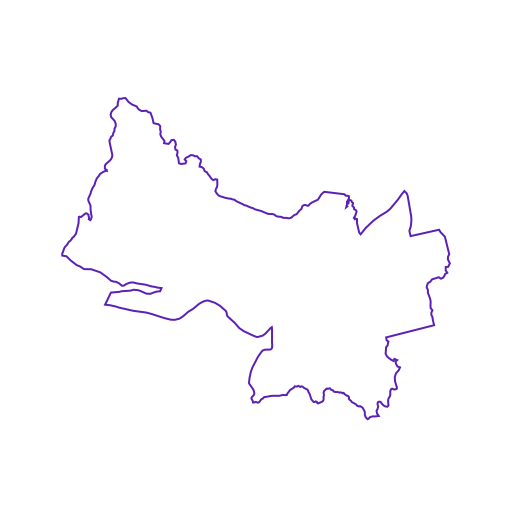 Itacoatiara, Amazonas, Brazil (Robinson projection), rotated 347°
{"feature_id": "56859067B59595183491019", "entity_name": "Itacoatiara", "entity_type": "district", "adm_level": 2, "iso_a3": "BRA", "parent_name": "Brazil", "parent_adm1": "Amazonas", "projection": "robinson", "projection_center": [-58.817, -3.136], "detail": "fine", "context": "isolated", "style": "outline", "palette": "violet", "viewbox_px": 512, "rotation_deg": 347, "n_neighbors": 0, "source": "geoboundaries", "source_scale": "gbopen_adm2", "svg_char_len": 6117}
<svg xmlns="http://www.w3.org/2000/svg" viewBox="0 0 512 512"><g transform="rotate(347 256 256)"><path d="M220.6,378.7L223.0,384.6L223.5,386.3L223.5,388.2L223.5,389.5L223.0,390.4L222.4,391.1L220.1,392.7L219.5,393.7L220.3,397.1L220.1,398.0L221.0,398.3L222.9,398.1L225.0,399.4L225.9,399.2L226.7,398.8L228.4,397.2L229.4,396.6L230.5,396.5L232.1,395.4L239.9,395.8L247.6,397.5L250.8,397.4L253.5,398.2L254.7,398.4L255.2,397.5L259.0,394.3L263.4,392.7L264.4,391.7L266.2,392.4L268.1,392.1L269.6,393.5L271.0,393.2L272.0,393.8L273.5,395.7L275.7,397.4L276.4,398.5L276.5,400.3L277.2,402.2L277.7,408.1L279.3,411.2L280.4,411.5L281.5,411.1L282.5,411.9L282.7,413.1L283.4,413.6L287.7,412.8L288.7,412.3L289.6,411.0L290.2,408.1L290.9,407.1L291.1,404.6L291.7,403.1L294.7,401.2L295.4,401.1L296.1,401.6L298.1,401.5L299.3,403.4L300.4,403.9L300.9,404.5L301.2,405.5L302.4,406.2L305.6,407.2L306.6,407.9L307.6,407.8L308.5,408.3L309.2,409.1L310.1,408.9L310.9,409.5L311.1,410.5L312.0,411.2L312.6,412.2L314.1,413.0L314.7,414.0L314.8,415.1L314.3,416.0L314.9,417.2L315.9,418.3L316.4,419.7L320.2,423.2L320.7,424.5L322.5,425.8L323.5,425.6L325.1,427.1L325.8,428.0L326.7,431.0L326.9,432.8L326.3,435.3L326.6,437.7L328.0,440.1L328.9,440.0L330.6,438.8L331.7,438.6L333.9,438.5L335.2,439.0L339.6,439.5L338.5,436.6L338.6,434.0L340.0,432.4L341.2,430.2L341.1,428.0L341.3,426.9L341.9,425.9L343.2,425.6L344.6,426.2L345.5,428.5L347.1,430.8L347.9,431.5L349.9,432.4L350.8,432.0L351.5,431.3L352.0,427.2L352.7,425.3L353.4,424.3L354.8,422.9L355.6,421.6L356.3,418.3L357.3,416.5L358.0,416.0L358.8,415.9L360.5,417.1L361.5,417.3L363.2,417.1L363.7,416.2L363.3,409.2L363.9,405.4L366.0,401.8L369.3,399.5L371.3,396.9L369.0,395.5L368.3,393.2L368.1,391.6L368.3,390.2L370.1,389.2L367.7,387.4L366.4,389.2L364.6,387.7L362.5,385.4L360.9,383.0L360.3,380.4L362.3,374.1L364.0,372.9L365.8,369.1L364.3,367.5L364.5,364.6L414.0,363.5L413.9,358.2L414.2,355.2L413.6,352.9L414.1,350.6L415.7,348.6L414.5,346.2L414.8,343.6L415.5,341.5L416.0,339.1L416.0,336.4L415.2,330.5L415.9,327.7L415.2,325.1L416.1,323.0L417.6,321.0L420.0,320.3L422.2,318.4L429.3,317.8L431.0,319.7L433.3,319.3L435.0,317.9L436.2,316.1L438.6,315.4L437.6,312.6L438.4,309.4L440.8,309.8L443.2,306.8L442.2,302.3L443.0,299.8L444.7,297.7L444.4,279.7L441.1,274.2L440.3,271.6L411.1,271.4L411.1,266.0L413.7,261.5L415.5,256.0L416.1,252.6L417.3,231.6L417.0,229.0L415.2,226.1L412.1,228.4L407.2,232.8L397.3,240.3L393.1,242.4L386.0,244.7L378.3,248.0L369.3,253.3L362.8,258.4L361.8,256.3L361.8,246.5L362.7,242.8L361.4,241.9L360.6,242.4L359.9,240.9L361.9,238.9L364.0,235.3L363.8,234.0L362.1,232.4L362.4,230.8L361.2,229.0L361.6,227.7L362.2,227.0L362.4,226.0L361.6,225.2L361.4,223.5L359.6,222.3L358.4,223.9L358.1,225.3L357.2,225.8L356.3,226.0L356.9,223.5L357.9,222.8L359.6,220.6L359.9,219.3L359.8,218.3L356.8,217.3L356.4,216.1L355.7,215.6L336.9,208.8L334.1,210.2L333.2,210.9L329.1,215.0L322.5,216.5L320.4,217.3L318.3,218.8L317.5,218.6L315.9,217.6L314.8,217.2L313.7,217.3L312.4,217.9L310.7,220.5L308.5,221.6L305.1,224.3L302.3,224.8L299.2,226.5L297.6,226.7L296.1,226.6L294.8,225.9L290.5,224.7L289.8,223.7L285.4,222.2L284.2,221.2L283.5,220.1L281.7,218.9L280.6,218.5L279.5,218.4L276.8,217.4L271.1,213.3L265.5,210.3L263.8,208.7L261.5,207.5L257.9,204.7L256.0,203.8L255.3,203.0L249.2,198.2L247.5,196.2L245.5,195.4L244.5,194.5L243.0,194.2L239.0,192.3L234.5,189.7L232.9,188.3L231.7,185.9L231.0,183.6L232.1,181.6L233.5,180.0L234.4,177.8L235.4,172.8L233.6,172.0L231.4,172.5L229.8,170.3L228.8,167.7L227.7,165.6L227.0,163.4L225.1,161.8L224.7,159.1L223.2,157.2L221.1,156.2L222.1,153.7L223.5,151.8L223.9,149.5L222.2,147.9L221.1,145.6L219.0,145.1L217.3,143.7L215.1,143.0L212.5,144.0L209.8,144.5L208.2,146.0L209.4,147.8L208.2,149.9L203.7,149.5L201.8,148.3L202.3,142.9L201.5,140.0L202.7,137.9L203.1,135.6L201.5,134.2L201.6,131.6L203.0,129.5L203.1,126.5L202.2,124.4L199.7,124.1L197.8,125.9L195.9,127.1L191.8,125.4L192.7,123.3L190.5,118.5L190.1,116.0L191.1,113.6L191.1,110.8L191.9,107.9L190.7,105.7L186.1,103.6L186.1,97.9L185.4,92.6L183.3,91.6L181.9,89.8L177.2,89.1L175.4,87.5L174.1,85.7L173.4,83.4L169.5,80.7L166.5,77.3L164.4,72.8L162.4,72.4L160.0,72.5L157.9,71.9L155.7,75.8L155.1,78.4L151.5,80.5L149.3,81.6L147.4,83.3L146.1,85.8L146.2,88.3L148.6,92.5L149.1,95.8L148.3,98.4L146.8,100.0L146.2,102.3L144.6,104.1L143.6,106.3L141.5,107.4L140.2,109.5L139.5,109.9L139.0,111.1L138.7,125.5L137.8,127.5L136.7,128.9L134.8,130.3L130.1,132.8L129.0,134.2L128.5,136.4L128.8,137.8L129.9,138.5L129.8,139.5L129.1,139.1L126.0,139.7L122.6,140.9L121.3,142.3L118.4,144.5L116.1,147.7L114.6,150.5L112.1,152.9L109.5,156.5L109.1,157.6L105.6,162.2L105.2,163.3L105.1,164.6L106.1,169.7L105.2,173.9L104.8,178.3L104.8,180.3L104.5,181.4L103.5,183.0L102.6,183.8L101.4,182.6L102.0,180.7L101.8,178.9L102.1,178.1L100.5,176.3L99.6,176.1L94.2,178.7L93.1,178.0L92.2,178.1L90.4,184.3L85.6,193.8L83.0,196.1L81.1,197.0L80.3,198.0L78.6,199.3L76.9,200.1L75.5,201.3L75.0,202.1L73.4,203.3L72.5,203.7L70.8,205.4L68.6,209.0L67.8,209.8L67.3,212.0L71.3,213.7L74.3,218.5L79.2,224.5L82.2,226.6L85.5,230.1L92.4,231.8L100.6,236.9L105.7,242.7L109.1,247.4L111.3,248.8L113.9,249.7L116.4,251.8L118.8,254.9L120.9,255.1L123.0,254.2L127.0,253.6L130.0,254.0L134.0,256.0L141.7,259.0L147.9,262.4L149.5,262.9L153.3,264.8L156.7,266.0L154.6,268.8L151.0,268.3L147.7,268.6L144.5,269.1L140.7,268.0L135.3,263.9L133.2,262.7L129.3,261.4L125.7,261.5L117.3,260.1L114.8,260.2L106.4,259.0L98.0,269.5L102.6,271.1L107.7,273.5L111.0,275.5L124.1,281.8L136.3,286.4L141.6,289.2L150.7,294.7L154.1,296.6L158.9,299.0L162.6,299.9L166.8,299.9L169.2,299.2L171.9,298.1L177.2,295.2L182.9,293.3L190.0,289.7L193.5,288.7L196.1,288.3L199.1,288.5L205.4,292.3L209.6,296.3L214.0,302.4L214.5,303.5L214.6,304.6L214.4,307.3L214.7,308.4L220.2,316.3L223.5,322.5L227.2,326.5L234.5,332.3L238.3,335.0L239.4,335.3L244.7,335.1L247.7,333.7L254.5,329.2L255.4,328.9L255.1,331.2L252.2,343.6L251.7,346.8L251.0,349.0L250.3,349.8L249.4,350.3L248.4,350.3L243.8,349.3L241.6,349.5L240.0,350.4L235.1,354.8L227.4,363.9L224.8,367.9L222.3,373.3L220.8,377.5L220.6,378.7ZM355.6,226.7L356.2,228.2L354.9,228.8L355.5,227.7L355.6,226.7Z" fill="none" stroke="#5b21b6" stroke-width="2"/></g></svg>